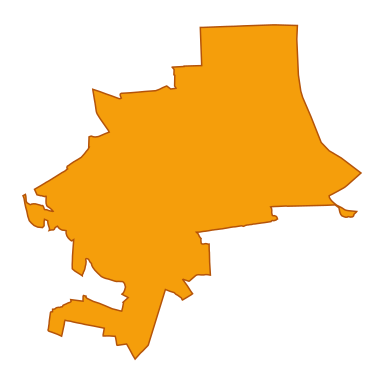 Osica De Sus, Olt, Romania
{"feature_id": "2599482B88469159964237", "entity_name": "Osica De Sus", "entity_type": "district", "adm_level": 2, "iso_a3": "ROU", "parent_name": "Romania", "parent_adm1": "Olt", "projection": "orthographic", "projection_center": [24.323, 44.259], "detail": "fine", "context": "isolated", "style": "filled", "palette": "amber", "viewbox_px": 384, "rotation_deg": 0, "n_neighbors": 0, "source": "geoboundaries", "source_scale": "gbopen_adm2", "svg_char_len": 5824}
<svg xmlns="http://www.w3.org/2000/svg" viewBox="0 0 384 384"><path d="M135.1,359.1L140.5,353.0L142.9,350.8L144.7,348.9L147.7,345.8L148.3,345.0L149.5,341.0L165.4,289.5L170.0,291.3L174.2,292.6L174.8,293.2L175.9,294.3L177.6,295.2L180.9,297.6L181.4,298.0L182.2,299.8L182.5,300.0L186.4,297.7L191.3,294.7L192.6,293.7L190.7,291.1L187.4,285.9L182.8,279.6L183.2,279.3L188.4,281.1L189.1,281.2L189.7,280.8L195.2,276.0L196.1,275.3L197.1,274.9L197.8,274.8L198.6,274.7L201.0,274.9L203.9,274.9L205.5,274.6L206.5,274.6L208.0,274.7L209.5,275.0L210.4,275.1L209.6,261.8L209.6,260.8L209.5,256.7L209.4,252.3L209.3,251.7L209.2,250.0L209.1,244.1L208.4,244.2L206.9,243.8L205.8,243.6L205.0,243.7L203.7,244.0L202.6,244.0L202.1,243.9L201.5,243.6L201.2,243.1L201.1,242.6L201.0,241.5L200.9,240.7L200.9,239.1L201.0,238.9L201.1,238.5L200.4,237.9L199.9,237.2L199.7,236.8L199.3,236.4L199.2,236.0L198.8,235.3L198.6,234.7L197.9,233.6L197.7,233.3L196.9,232.7L196.4,232.2L197.1,232.1L197.7,232.2L199.9,232.0L203.3,231.4L205.5,231.2L208.8,230.7L212.5,230.0L213.7,229.9L214.7,229.7L216.7,229.5L219.5,229.1L222.4,228.8L225.1,228.3L227.0,228.0L231.3,227.2L233.4,226.9L235.3,226.8L241.4,225.8L242.1,225.9L243.2,226.3L243.5,226.3L244.1,226.1L245.5,225.4L247.1,225.0L248.5,224.9L249.3,224.7L250.4,224.6L251.7,224.5L253.5,224.0L254.7,224.0L257.2,223.6L259.4,223.3L261.3,223.0L264.7,222.6L271.0,221.6L271.6,220.8L272.3,220.5L273.6,220.7L274.2,220.6L276.1,220.0L276.8,219.3L277.5,219.0L277.3,218.2L276.7,216.9L275.9,216.2L274.1,215.6L273.7,215.7L273.1,215.8L272.3,215.3L271.7,212.9L271.8,210.1L271.5,208.3L271.1,207.7L270.6,206.9L271.4,206.7L275.0,206.5L278.2,206.4L286.3,206.0L287.2,206.2L297.1,206.0L325.9,205.3L335.0,204.9L336.2,205.7L338.0,207.1L338.6,207.3L339.0,208.2L339.8,212.0L340.6,214.1L341.7,215.7L343.4,216.5L345.4,217.2L347.1,217.2L348.1,216.6L350.7,217.1L352.6,216.8L353.5,216.0L353.8,215.2L353.9,214.7L354.0,214.3L354.9,213.4L356.3,212.1L356.7,211.5L348.6,210.7L347.3,210.5L345.6,210.1L344.7,209.7L341.7,207.7L336.7,205.2L334.1,203.1L332.1,201.3L330.9,199.9L329.8,198.3L329.4,197.4L329.2,196.4L329.2,195.7L332.6,194.0L343.0,188.3L344.8,187.2L347.3,185.2L361.0,173.0L341.3,158.0L329.2,150.8L321.2,142.5L311.0,116.8L302.7,97.5L300.8,91.2L298.4,75.0L296.8,39.2L297.4,25.5L276.3,24.9L272.6,24.9L257.8,25.4L243.2,25.9L234.6,26.3L226.6,26.5L203.4,27.4L200.3,27.4L201.7,65.6L184.1,66.1L184.1,66.5L172.4,67.1L172.2,67.2L174.1,69.5L173.9,74.8L174.8,75.3L174.6,86.0L175.9,87.9L176.0,88.3L170.7,89.0L166.9,86.1L166.6,86.0L162.6,87.7L159.5,89.3L156.8,90.3L155.7,90.7L144.6,91.5L138.4,92.1L129.9,92.8L121.3,93.3L120.3,94.0L120.2,94.3L120.2,94.7L120.3,95.7L121.3,98.1L120.6,98.5L119.6,98.7L118.7,98.5L111.7,95.9L106.2,94.0L99.2,91.4L92.8,89.3L93.0,90.9L94.6,100.5L95.1,103.2L96.1,110.2L96.4,111.9L97.1,113.8L99.0,116.9L100.7,119.5L108.2,130.2L109.2,132.1L105.1,133.7L99.1,136.3L98.1,136.6L95.3,137.0L93.5,136.8L92.4,136.5L91.8,136.2L91.3,136.1L90.4,136.3L89.0,136.9L89.0,138.4L88.7,147.0L89.2,147.1L88.3,148.8L88.1,149.2L87.8,149.6L86.3,151.3L84.5,153.7L81.3,157.3L78.3,159.2L73.8,161.8L70.4,164.1L68.6,165.5L67.4,166.1L67.2,166.5L66.9,167.4L67.1,168.3L67.6,168.9L66.4,169.7L66.1,170.1L65.2,170.8L63.8,171.7L62.2,172.5L60.0,173.9L48.3,181.2L46.2,182.3L44.7,183.3L41.5,185.2L40.7,185.7L34.5,189.3L37.0,194.8L40.6,195.7L41.7,195.7L43.1,196.2L44.9,196.6L45.6,196.3L46.1,196.3L46.2,196.8L46.0,201.0L46.1,203.3L46.8,205.7L47.4,206.4L49.7,207.9L51.3,209.3L52.5,210.5L53.1,211.3L52.8,211.4L52.3,211.4L48.5,210.5L47.5,210.0L46.5,209.7L44.7,209.6L44.4,209.3L44.2,208.9L44.0,208.1L43.5,206.8L43.0,205.9L42.7,205.6L42.2,205.5L41.5,205.6L40.7,205.4L39.9,205.0L39.3,204.9L35.6,203.9L33.5,203.8L31.5,204.1L30.9,204.5L30.6,204.6L30.1,204.6L28.2,203.5L26.9,202.7L26.2,201.1L25.9,196.9L25.7,195.6L25.4,194.4L23.0,195.7L24.0,198.3L24.9,203.6L25.7,207.3L26.8,211.2L27.8,216.2L29.3,220.7L31.3,223.0L34.1,225.5L37.7,227.1L42.5,227.6L44.1,225.8L44.1,221.8L44.5,219.3L47.7,220.7L47.9,223.1L48.2,224.5L49.2,227.6L49.5,228.9L49.4,229.8L49.1,230.5L50.4,230.1L52.0,229.9L53.4,229.9L54.4,229.2L54.9,227.9L56.1,226.9L57.4,226.2L59.0,228.2L60.3,229.2L62.2,230.1L64.2,230.3L66.1,230.6L66.1,233.3L66.9,235.9L68.2,237.9L69.5,239.3L70.9,240.5L71.8,240.9L72.7,240.2L73.7,239.6L72.5,255.9L72.4,260.7L72.2,264.7L72.3,268.8L74.8,271.0L79.9,274.2L82.3,275.8L82.3,275.2L82.4,274.6L83.1,273.4L83.3,272.5L83.7,271.6L84.1,270.9L84.8,269.0L85.1,267.5L85.3,266.3L85.5,265.6L85.8,264.6L86.0,262.8L86.1,261.4L86.0,260.7L85.7,259.9L85.7,259.4L86.0,258.7L86.5,258.6L87.8,258.8L88.9,259.9L90.0,262.0L91.5,263.6L91.6,264.7L92.2,266.2L92.9,267.5L94.8,270.1L97.6,273.0L101.3,276.5L103.5,277.6L105.6,278.4L108.6,279.1L114.7,281.1L116.6,281.5L118.2,281.4L122.6,281.6L123.4,282.2L124.4,283.4L124.6,283.9L125.0,285.3L125.1,286.0L125.4,286.5L125.5,287.1L125.0,288.7L124.9,289.3L124.4,290.7L124.0,291.7L122.9,293.4L122.1,293.9L121.9,294.2L124.6,295.7L125.9,296.3L128.2,297.6L123.0,302.3L123.5,302.7L122.6,307.7L121.7,311.1L120.0,310.8L115.5,309.6L112.3,308.8L105.3,305.8L99.2,303.3L93.3,301.4L87.1,298.4L85.9,297.2L86.1,296.2L83.5,295.5L83.1,296.2L83.0,301.2L70.7,299.6L71.1,301.3L70.9,301.7L69.7,302.5L69.0,302.6L67.7,303.1L66.6,303.7L63.2,305.2L63.0,305.4L62.6,306.3L62.2,306.8L60.9,306.9L60.6,307.1L59.8,307.4L58.6,307.3L56.9,307.6L56.1,307.9L54.9,308.9L53.7,309.2L52.6,309.2L52.5,311.7L50.9,311.9L50.5,312.4L50.3,313.7L49.3,320.8L49.1,323.2L49.1,323.9L48.8,325.5L48.4,328.7L48.0,330.0L48.4,330.8L49.1,331.3L51.6,332.1L57.5,334.3L61.6,336.2L62.3,333.2L63.1,329.4L64.2,324.4L64.6,321.5L65.1,320.2L65.6,320.4L67.3,320.8L70.5,321.2L72.9,321.9L77.1,322.8L81.6,323.6L84.7,324.4L93.5,326.0L104.3,328.2L103.1,334.9L103.2,336.0L109.0,335.9L115.2,336.3L115.7,338.2L116.3,341.5L116.7,344.4L116.9,345.1L117.6,345.3L126.6,344.0L127.5,345.5L129.9,349.8L132.7,355.1L135.1,359.1Z" fill="#f59e0b" stroke="#b45309" stroke-width="1.5"/></svg>